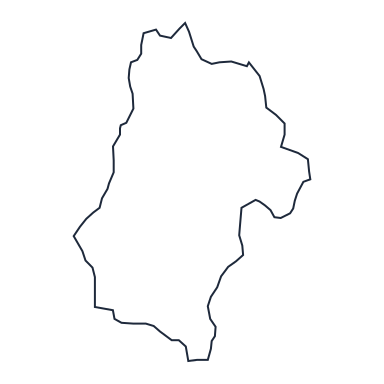 the district of Jinan-gun, North Jeolla, South Korea
{"feature_id": "91817680B51132506733028", "entity_name": "Jinan-gun", "entity_type": "district", "adm_level": 2, "iso_a3": "KOR", "parent_name": "South Korea", "parent_adm1": "North Jeolla", "projection": "natural_earth1", "projection_center": [127.438, 35.818], "detail": "fine", "context": "isolated", "style": "outline", "palette": "slate", "viewbox_px": 384, "rotation_deg": 0, "n_neighbors": 0, "source": "geoboundaries", "source_scale": "gbopen_adm2", "svg_char_len": 1287}
<svg xmlns="http://www.w3.org/2000/svg" viewBox="0 0 384 384"><path d="M156.0,29.6L143.6,33.2L141.2,45.0L141.2,53.7L137.3,59.9L131.0,62.3L129.4,69.4L128.7,78.0L130.2,86.6L132.6,93.7L133.4,108.6L126.3,122.8L120.8,125.2L120.0,128.3L120.0,134.6L113.0,146.4L113.7,160.5L113.7,172.3L109.0,183.4L107.5,188.9L102.0,198.3L99.6,207.8L93.3,212.5L86.3,218.8L80.0,226.7L74.9,234.3L73.7,236.1L79.2,245.6L82.4,251.1L85.5,260.5L92.5,267.6L94.9,277.1L94.9,288.1L94.9,307.0L112.9,310.2L114.5,318.9L121.5,322.8L133.3,323.6L145.8,323.6L153.7,326.0L160.0,331.5L171.7,340.2L178.8,340.2L185.8,346.5L188.3,361.0L196.8,359.9L207.8,359.9L210.9,348.8L211.7,341.0L214.9,336.2L215.6,326.8L210.2,318.9L207.8,306.2L210.9,296.8L217.2,287.3L221.1,276.3L228.2,266.8L236.0,261.3L243.1,255.0L242.3,245.6L239.2,235.3L239.9,226.7L241.5,207.8L255.6,199.9L259.5,201.5L265.0,205.4L270.5,210.1L274.4,217.2L280.7,218.0L290.1,213.3L293.2,208.5L294.8,200.7L297.1,193.6L303.4,181.8L310.3,179.3L309.1,171.5L307.9,159.2L298.1,153.0L281.0,146.9L284.6,134.6L284.6,123.5L276.0,114.9L266.3,107.6L265.1,96.1L263.6,89.0L259.6,76.0L248.9,62.4L246.9,66.2L231.3,61.5L219.5,62.3L211.7,63.9L201.5,59.2L196.8,51.3L193.7,46.6L189.0,31.7L185.1,23.0L179.6,28.5L171.0,38.0L160.0,35.6L156.0,29.6Z" fill="none" stroke="#1e293b" stroke-width="2"/></svg>